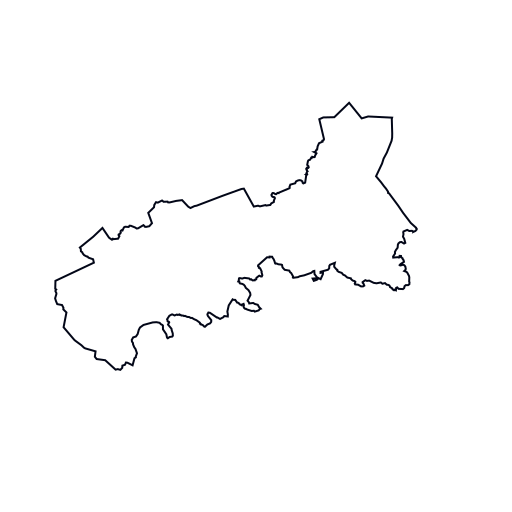 Zvirgzdenes pag., Ciblas, Latvia (orthographic projection), rotated 320°
{"feature_id": "27541924B83087939381555", "entity_name": "Zvirgzdenes pag.", "entity_type": "district", "adm_level": 2, "iso_a3": "LVA", "parent_name": "Latvia", "parent_adm1": "Ciblas", "projection": "orthographic", "projection_center": [27.712, 56.569], "detail": "fine", "context": "isolated", "style": "outline", "palette": "ink", "viewbox_px": 512, "rotation_deg": 320, "n_neighbors": 0, "source": "geoboundaries", "source_scale": "gbopen_adm2", "svg_char_len": 6117}
<svg xmlns="http://www.w3.org/2000/svg" viewBox="0 0 512 512"><g transform="rotate(320 256 256)"><path d="M74.5,177.4L62.8,186.9L62.9,203.4L63.1,204.7L64.9,212.1L65.3,215.7L65.8,217.0L71.8,225.9L67.8,229.6L67.7,232.5L73.5,238.9L75.4,252.8L77.4,253.8L78.9,256.0L81.6,255.7L83.2,254.1L85.7,255.1L87.9,254.0L88.9,255.1L91.2,260.4L97.2,256.2L98.8,256.4L99.3,255.7L102.3,254.0L103.9,249.8L104.1,247.6L105.0,244.7L105.8,243.6L106.0,241.8L106.9,240.4L109.6,239.4L112.3,240.5L115.2,239.7L118.8,237.2L121.2,236.2L125.5,236.5L134.2,240.5L137.2,242.7L139.2,245.2L139.3,247.2L139.9,248.5L140.0,249.4L137.6,252.4L137.0,258.3L135.5,261.1L135.4,262.2L135.7,262.4L137.7,262.5L140.1,263.9L141.1,263.6L142.5,261.7L143.7,258.7L144.5,257.4L144.5,252.0L146.9,251.0L147.0,250.5L146.5,250.1L146.4,248.9L147.0,248.3L147.2,247.3L151.2,246.1L153.8,246.6L154.4,247.0L155.4,249.2L157.8,250.0L158.2,250.9L159.7,251.5L159.6,252.0L160.4,252.6L160.5,253.6L161.9,254.8L162.3,255.8L163.1,256.2L164.2,258.5L165.5,259.7L166.2,261.5L167.2,262.3L167.9,264.5L169.1,266.9L170.1,270.9L170.0,271.5L169.6,271.8L170.0,272.5L169.7,272.9L170.8,274.5L171.0,276.9L171.4,277.4L174.7,277.2L177.5,278.1L179.3,277.7L180.5,276.4L180.6,271.2L180.8,270.4L181.3,269.4L183.2,268.7L184.2,269.9L186.5,278.0L186.9,278.2L188.0,281.1L191.6,281.9L193.1,281.6L195.5,284.2L196.8,282.8L198.4,280.1L203.4,276.3L210.2,274.2L210.4,274.9L211.9,276.3L211.6,279.6L212.2,280.2L212.6,281.6L212.4,282.1L212.7,283.3L213.2,283.6L213.4,284.5L214.4,284.3L215.7,284.7L215.2,285.9L213.9,286.7L213.5,288.4L213.8,289.6L214.3,289.9L214.8,291.3L217.4,295.4L219.2,296.6L219.3,297.8L223.1,299.4L224.7,299.0L225.7,299.4L225.5,297.2L226.0,294.5L224.2,291.9L223.7,290.2L220.3,288.0L220.8,287.0L220.8,284.8L226.7,282.3L227.8,280.5L228.3,277.3L227.7,273.8L228.2,271.9L228.2,270.2L227.6,268.6L226.1,266.7L226.2,265.8L226.8,264.9L226.1,264.1L227.0,263.7L228.6,262.2L229.4,262.5L230.9,264.4L233.1,265.3L236.3,268.8L236.4,270.3L237.3,270.6L237.7,272.5L239.4,273.8L239.8,273.4L241.2,274.0L242.3,273.0L245.6,273.1L246.0,273.3L246.6,274.9L247.3,275.4L248.5,274.8L249.8,272.0L250.4,271.5L251.3,268.0L250.7,267.4L250.6,266.9L251.2,266.2L251.0,265.2L251.6,264.5L263.7,264.1L265.4,265.8L266.0,265.2L267.9,267.0L267.6,267.7L267.5,269.6L267.0,271.4L265.9,274.0L266.2,274.6L266.9,274.9L267.8,276.7L269.9,278.9L270.2,279.6L269.1,281.5L269.0,282.5L269.1,285.0L272.1,288.6L271.7,290.2L272.0,291.7L271.3,295.4L270.4,296.2L270.5,296.6L274.6,299.2L276.4,299.6L280.5,301.8L287.5,304.4L290.1,304.4L291.1,304.9L289.2,307.5L289.0,311.7L287.7,311.7L284.9,309.7L284.3,312.2L287.2,313.3L288.3,313.4L289.6,312.9L290.6,315.3L295.6,312.9L296.7,311.7L294.6,310.4L295.3,309.6L302.3,312.8L304.1,312.5L305.8,310.7L307.1,310.3L312.0,311.9L309.7,313.6L309.0,314.6L309.0,317.7L309.4,318.8L308.8,319.4L309.1,321.2L310.8,324.0L310.8,326.5L311.6,327.9L312.1,331.2L314.3,334.1L314.0,334.7L314.1,336.0L314.4,337.2L315.4,338.6L315.5,339.7L313.9,340.6L313.7,341.5L315.8,343.7L316.9,346.8L318.5,348.1L319.9,348.3L320.6,346.2L320.5,345.0L320.9,344.5L324.2,344.8L325.0,346.4L326.9,347.6L328.9,352.2L330.8,354.4L334.6,356.5L335.0,358.5L337.4,359.7L337.7,362.0L338.7,363.1L339.2,364.2L339.0,365.5L338.7,366.0L339.5,368.1L339.2,369.3L339.5,370.3L339.7,370.2L340.1,371.1L340.6,371.0L341.1,372.2L342.9,370.5L344.0,370.8L344.1,372.8L347.3,375.8L348.9,375.8L350.4,374.6L352.0,374.6L353.8,376.1L355.3,376.2L356.7,374.8L356.9,374.0L359.7,370.9L360.4,369.6L361.2,365.8L361.0,364.8L359.9,362.8L361.4,362.7L362.4,362.2L363.6,360.1L363.7,358.8L363.5,357.9L362.9,357.1L360.7,356.2L360.3,355.8L360.2,355.3L361.5,355.1L365.6,355.6L366.4,354.0L366.4,352.7L366.8,352.0L366.4,350.4L367.1,349.2L366.1,348.2L365.0,349.1L364.5,349.1L363.8,348.0L360.1,345.4L360.7,344.5L364.1,343.5L365.0,342.2L366.9,341.4L369.8,340.7L372.1,338.4L373.3,337.9L375.1,337.9L376.4,338.7L377.4,341.6L378.8,341.9L380.6,338.0L381.0,335.7L383.1,334.0L383.9,332.6L384.7,332.0L388.6,333.2L389.5,335.4L391.6,336.9L392.4,338.5L392.1,338.7L394.2,339.3L396.1,339.0L396.6,338.5L396.5,337.7L396.8,337.3L395.8,330.2L396.4,317.5L397.3,308.8L398.2,293.5L397.7,292.6L398.5,291.6L398.9,287.9L398.9,284.8L399.2,280.0L399.2,272.1L412.0,266.2L416.4,263.4L422.7,260.9L433.9,254.9L436.4,252.8L439.1,249.7L448.2,238.2L449.2,237.5L431.6,221.2L425.4,218.5L425.8,198.5L405.2,200.0L396.6,193.1L392.4,191.9L383.2,210.2L382.1,210.7L381.0,210.3L380.5,211.2L376.8,210.1L373.7,211.6L371.3,213.7L371.0,213.4L369.4,213.8L368.7,214.6L367.4,213.8L368.3,216.2L365.9,217.0L364.6,217.9L363.9,217.6L362.8,216.1L361.7,216.7L361.4,216.2L359.3,217.0L357.8,216.4L356.8,216.7L353.8,219.1L353.9,220.9L353.3,222.0L352.6,222.1L351.8,221.1L350.5,221.5L350.2,222.2L350.5,222.5L350.0,223.3L349.9,224.3L349.2,224.3L347.7,225.1L347.9,225.9L347.7,226.3L346.7,225.9L346.9,226.5L346.2,226.6L340.8,231.4L338.9,230.8L338.8,229.9L339.5,228.6L339.0,226.9L337.9,225.7L336.4,225.0L334.5,224.6L332.8,225.5L328.2,223.4L326.2,224.5L325.6,225.5L324.9,225.5L314.3,222.2L313.8,222.4L313.0,221.5L311.2,221.6L310.6,221.0L310.0,219.2L309.1,218.4L307.1,219.1L306.7,219.9L306.7,221.3L307.9,222.8L307.7,223.8L305.4,225.0L304.4,226.1L301.5,225.5L299.8,226.1L296.2,223.9L296.0,223.1L290.9,220.5L289.9,218.8L286.1,216.7L290.0,196.6L287.9,195.3L269.1,188.4L242.9,179.3L240.9,178.2L236.6,177.1L235.8,174.7L235.3,165.7L230.3,162.5L224.2,159.4L223.1,158.4L223.2,157.5L220.1,155.1L219.7,153.1L215.1,152.0L214.0,150.5L210.9,151.5L209.2,153.1L201.2,153.7L197.4,164.0L193.4,164.6L190.4,163.0L189.6,162.0L189.8,161.2L189.6,160.0L183.5,159.0L182.3,158.3L181.7,156.4L179.6,152.5L178.6,151.5L177.1,151.9L174.6,149.5L173.2,149.2L170.2,150.6L170.0,149.9L168.6,149.8L167.5,150.6L167.4,151.2L166.3,151.6L164.7,151.2L164.2,151.5L164.1,153.0L161.5,154.1L157.4,151.3L157.5,150.8L157.3,150.6L156.1,150.9L155.5,148.8L155.2,147.4L156.4,135.8L143.7,136.6L126.5,136.3L126.4,137.8L124.9,139.9L125.3,141.4L124.9,142.7L124.9,144.9L126.0,147.6L126.6,148.1L126.6,149.6L129.1,153.8L127.5,156.9L86.4,146.1L81.2,152.0L81.4,153.3L80.3,153.5L79.7,154.1L79.3,155.9L78.8,156.7L74.9,159.3L73.8,161.9L72.8,165.1L75.9,168.9L75.2,171.9L74.1,173.0L74.5,177.4Z" fill="none" stroke="#020617" stroke-width="2"/></g></svg>